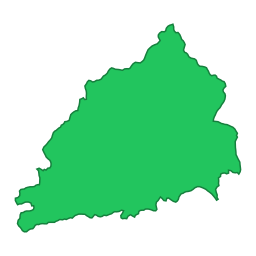 the district of Ladainha, Minas Gerais, Brazil
{"feature_id": "56859067B31112130253713", "entity_name": "Ladainha", "entity_type": "district", "adm_level": 2, "iso_a3": "BRA", "parent_name": "Brazil", "parent_adm1": "Minas Gerais", "projection": "natural_earth1", "projection_center": [-41.833, -17.606], "detail": "fine", "context": "isolated", "style": "filled", "palette": "green", "viewbox_px": 256, "rotation_deg": 0, "n_neighbors": 0, "source": "geoboundaries", "source_scale": "gbopen_adm2", "svg_char_len": 4475}
<svg xmlns="http://www.w3.org/2000/svg" viewBox="0 0 256 256"><path d="M172.9,24.2L171.3,24.8L169.8,25.2L167.9,26.3L166.3,28.3L165.7,30.8L164.4,31.8L161.7,31.6L159.6,33.1L158.3,35.0L158.3,37.0L159.3,38.9L160.2,40.6L159.1,41.8L157.3,43.8L154.4,44.9L152.1,46.0L149.8,48.0L148.1,49.7L147.0,52.1L145.7,55.2L144.7,58.0L143.7,60.1L142.2,61.5L140.3,62.9L138.0,62.7L135.4,62.3L133.1,63.8L131.6,65.7L130.0,68.2L128.6,68.8L127.0,68.7L124.7,68.9L122.4,70.3L119.2,69.6L117.2,69.4L115.4,69.3L113.4,68.4L111.6,67.9L109.9,69.0L108.3,71.1L107.3,73.2L105.4,75.0L103.4,76.1L102.4,77.5L101.1,79.2L98.8,80.2L96.6,80.3L94.5,81.6L92.6,82.0L90.7,80.8L88.8,80.4L87.4,81.8L86.5,83.7L84.9,86.0L85.4,88.5L86.2,90.7L86.5,93.2L86.3,96.7L86.4,99.3L84.6,99.5L83.3,97.8L81.6,98.8L79.9,99.4L79.6,102.6L79.1,105.5L78.2,108.0L77.8,110.6L75.8,110.8L74.0,111.8L72.3,113.1L70.8,114.6L70.0,117.3L69.2,120.3L67.0,121.4L64.8,121.7L64.0,123.4L62.8,124.5L61.3,125.2L60.6,127.1L58.9,128.0L57.5,129.2L56.2,130.4L54.8,131.1L53.4,132.6L52.5,135.2L51.7,138.0L50.2,140.0L48.5,141.8L47.3,143.5L45.8,145.2L43.9,147.0L42.7,149.7L44.2,152.9L45.5,155.4L46.2,157.0L48.0,158.8L49.9,160.3L50.8,162.2L51.1,163.9L50.9,166.2L49.9,167.9L47.8,168.2L46.0,170.1L44.3,169.4L43.1,170.7L41.5,169.6L39.1,168.2L36.9,169.1L38.5,170.7L38.9,173.2L39.1,175.4L39.9,178.0L39.8,180.8L39.7,182.7L39.4,184.7L37.6,184.7L35.8,185.3L34.5,186.5L32.4,186.8L30.2,186.8L27.8,187.3L25.8,187.9L24.3,189.0L22.5,189.2L20.8,189.5L19.5,191.1L19.9,193.4L19.7,195.7L17.9,197.6L15.4,198.2L15.4,200.6L16.7,203.1L17.6,204.7L19.5,203.9L21.6,203.9L23.4,203.0L25.3,202.1L28.4,202.0L30.9,203.0L31.8,205.9L33.6,205.7L34.0,207.6L33.4,209.5L31.5,210.5L29.5,211.0L26.6,211.0L24.7,211.5L23.3,212.5L21.1,212.8L20.2,214.8L19.9,218.4L18.2,220.2L17.5,223.6L18.8,226.0L20.4,227.5L21.4,228.9L22.4,230.6L24.3,231.8L26.6,231.7L28.4,230.1L30.4,229.0L32.8,228.7L34.1,227.2L35.2,225.3L36.9,224.4L38.6,224.6L40.2,223.9L42.3,223.6L44.7,223.8L46.8,223.8L48.3,222.4L50.3,222.3L52.5,222.3L54.5,222.3L56.1,221.2L57.7,220.7L59.7,219.5L62.5,219.8L64.7,219.0L66.2,219.5L68.5,218.4L70.4,217.7L72.3,218.1L73.5,216.9L75.1,215.5L77.0,214.8L78.6,214.1L81.1,214.1L85.0,214.3L86.7,215.7L88.2,216.5L90.0,217.7L91.9,217.9L93.0,216.7L94.7,214.6L96.6,215.2L98.1,216.3L100.2,216.8L102.1,216.4L103.9,215.2L106.5,215.6L109.4,214.4L111.6,213.7L113.2,212.4L114.6,211.7L116.6,211.8L119.0,211.5L121.5,210.2L123.6,210.7L122.6,213.0L120.8,215.6L121.1,217.8L122.5,218.7L124.6,218.4L126.7,218.7L128.0,216.2L130.5,214.7L132.7,216.1L134.6,217.1L135.3,215.4L136.7,214.5L138.5,213.7L138.8,211.5L140.1,210.5L141.9,210.2L143.8,210.2L145.3,209.1L147.1,209.0L148.8,209.1L151.3,209.8L153.4,210.7L155.7,210.8L156.9,209.3L156.4,207.2L155.9,204.8L156.4,202.1L158.1,200.5L159.2,198.8L160.4,197.0L162.2,198.5L163.8,200.5L166.0,200.9L166.8,198.3L168.6,198.0L170.3,199.3L173.3,201.3L175.8,202.1L177.4,200.9L178.4,199.2L178.9,197.1L180.1,195.2L181.3,193.7L183.0,193.3L184.3,192.4L185.9,191.7L188.4,191.4L191.0,190.7L193.0,189.4L194.8,187.8L197.5,186.6L199.8,186.7L201.7,187.4L203.4,188.1L206.0,189.4L207.7,190.9L209.6,192.2L211.8,194.0L213.6,196.1L215.2,198.1L216.6,200.2L218.1,199.2L217.0,197.4L217.2,195.0L216.2,192.2L215.6,189.3L217.1,186.9L218.9,185.6L218.5,183.4L218.7,181.0L218.5,177.8L220.5,176.5L220.7,174.1L222.5,173.2L224.8,173.0L226.6,173.8L228.6,173.1L228.5,170.2L231.0,170.7L232.9,172.4L235.3,172.8L237.3,172.5L238.8,174.1L240.1,171.8L240.6,169.7L240.4,167.7L240.0,164.6L239.8,162.1L238.8,160.3L237.9,158.6L237.0,156.6L236.0,154.6L235.9,152.2L235.7,150.0L235.4,147.4L235.3,144.4L235.2,141.6L236.2,139.4L237.4,137.1L236.5,135.5L237.4,133.3L236.1,131.3L234.8,129.0L232.8,127.2L231.1,126.5L229.3,125.6L227.0,124.6L224.8,124.4L223.0,123.8L221.4,123.5L220.0,122.7L218.0,121.7L215.2,121.4L213.3,121.2L213.5,119.1L214.3,116.8L215.3,114.9L216.1,112.9L217.0,111.1L218.5,109.2L219.8,107.9L220.7,106.5L221.6,104.7L222.7,103.3L223.9,101.5L224.9,99.1L225.4,95.8L224.9,93.7L223.5,92.1L222.9,90.0L224.0,88.1L225.8,86.3L225.2,83.6L224.0,81.6L222.4,81.2L220.8,80.0L218.6,79.0L217.0,78.0L216.5,76.2L215.1,75.1L213.5,75.2L211.7,75.7L210.1,74.7L209.1,73.0L208.4,71.2L207.3,69.4L206.5,67.8L204.9,67.0L202.3,66.4L199.6,66.2L197.8,64.4L196.9,62.2L196.3,60.3L194.6,58.9L192.8,58.5L191.0,58.1L188.9,56.8L187.6,54.2L186.2,52.9L184.6,52.3L183.5,50.1L184.2,47.6L185.1,44.6L184.3,42.6L183.2,40.8L181.7,39.5L180.8,37.0L179.7,34.5L178.0,32.5L175.9,32.7L174.3,31.0L173.7,29.3L173.7,26.9L172.9,24.2Z" fill="#22c55e" stroke="#15803d" stroke-width="1.5"/></svg>